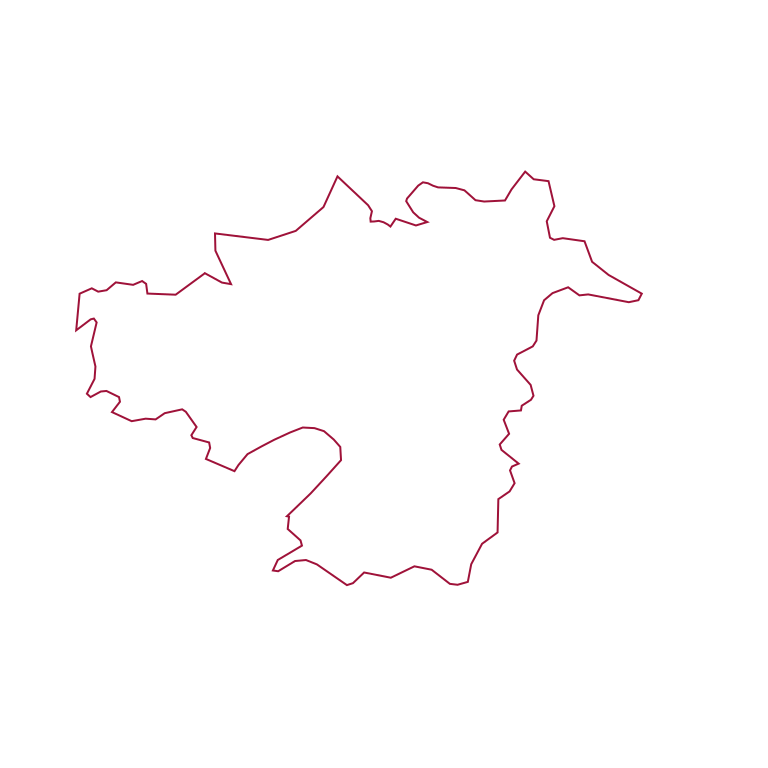 outline of Lancashire, rotated 64°
{"feature_id": "GBR-2123", "entity_name": "Lancashire", "entity_type": "Administrative County", "adm_level": 1, "iso_a3": "GBR", "parent_name": "United Kingdom", "parent_adm1": "", "projection": "albers", "projection_center": [-2.621, 53.865], "detail": "fine", "context": "isolated", "style": "outline", "palette": "rose", "viewbox_px": 768, "rotation_deg": 64, "n_neighbors": 0, "source": "natural_earth", "source_scale": "10m", "svg_char_len": 2037}
<svg xmlns="http://www.w3.org/2000/svg" viewBox="0 0 768 768"><g transform="rotate(64 384 384)"><path d="M205.8,496.5L221.8,485.2L227.2,477.7L190.3,477.1L174.6,469.9L203.7,425.0L207.7,396.2L198.4,360.8L177.0,334.8L216.4,319.9L223.4,319.1L229.0,323.6L232.2,324.8L233.6,321.6L235.1,317.2L238.4,313.5L242.3,310.7L245.3,309.2L240.6,301.0L255.5,285.8L257.4,274.1L249.9,279.6L242.5,282.5L229.4,283.9L227.4,282.0L220.7,266.3L219.8,260.6L222.8,256.5L227.3,253.0L231.0,249.2L239.3,233.6L245.2,226.8L258.9,221.2L263.9,214.0L272.1,194.8L265.0,184.1L255.0,164.0L255.7,163.7L265.6,159.7L273.8,147.2L298.9,152.9L309.1,166.4L325.3,170.7L329.0,167.9L331.3,159.4L343.6,141.2L365.4,143.4L384.5,134.3L415.8,112.7L420.2,118.6L417.8,128.1L393.0,161.2L390.0,169.5L377.8,176.1L376.2,192.7L378.9,203.4L389.9,215.2L411.8,227.9L415.4,233.8L415.9,251.5L420.1,256.8L429.3,258.1L449.1,252.6L460.1,254.8L462.6,258.8L463.9,269.7L467.8,272.5L463.3,284.0L468.6,292.1L483.6,293.4L489.1,306.5L494.7,307.3L514.6,297.9L514.3,305.2L516.9,308.6L530.4,310.1L535.6,318.2L537.6,331.7L567.2,347.0L570.6,365.9L584.2,384.6L598.6,395.4L596.7,405.9L592.5,412.4L571.8,422.6L561.2,436.6L561.1,462.8L544.7,484.5L549.4,499.2L548.5,505.5L516.7,523.4L508.0,531.3L504.1,541.6L505.9,561.2L502.9,565.6L495.6,556.6L493.3,528.6L488.0,527.6L472.1,534.1L461.6,527.5L460.3,529.2L457.9,521.7L450.2,497.9L441.7,476.0L433.6,456.0L421.4,450.9L411.9,453.5L400.1,458.6L393.2,465.8L387.5,476.1L386.4,489.6L386.0,507.1L386.4,521.3L387.2,537.4L393.0,550.3L396.8,556.6L373.3,576.9L365.3,568.3L359.9,566.8L348.7,579.6L345.6,579.6L340.5,571.3L322.1,574.3L318.3,576.5L314.1,593.9L315.7,604.8L310.7,613.4L306.8,627.1L290.0,640.8L284.2,629.1L279.6,627.9L268.6,636.5L266.6,641.8L267.1,653.5L262.5,655.3L252.5,641.9L241.8,635.7L227.8,632.4L221.7,630.9L202.7,615.3L198.0,616.1L197.3,619.3L200.8,637.1L169.4,618.0L169.9,604.7L175.7,600.4L178.1,592.2L175.1,580.5L184.9,566.0L185.4,556.3L189.7,553.9L199.0,557.0L212.4,532.1L206.5,499.7L206.1,497.4L205.8,496.5Z" fill="none" stroke="#9f1239" stroke-width="2"/></g></svg>